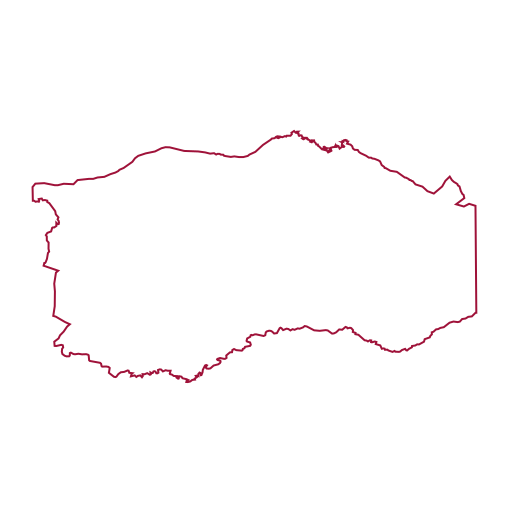 Kibombo, Maniema, Democratic Republic of the Congo, rotated 268°
{"feature_id": "63176286B11141066261470", "entity_name": "Kibombo", "entity_type": "district", "adm_level": 2, "iso_a3": "COD", "parent_name": "Democratic Republic of the Congo", "parent_adm1": "Maniema", "projection": "equal_earth", "projection_center": [25.538, -4.082], "detail": "fine", "context": "isolated", "style": "outline", "palette": "rose", "viewbox_px": 512, "rotation_deg": 268, "n_neighbors": 0, "source": "geoboundaries", "source_scale": "gbopen_adm2", "svg_char_len": 6074}
<svg xmlns="http://www.w3.org/2000/svg" viewBox="0 0 512 512"><g transform="rotate(268 256 256)"><path d="M173.2,51.6L173.0,53.1L174.0,58.3L173.5,59.8L171.4,60.1L170.0,59.0L167.1,58.6L164.8,59.1L163.0,61.3L162.3,63.2L162.3,65.8L163.0,66.4L165.5,66.6L165.9,67.6L164.4,70.1L164.1,71.7L164.5,75.1L163.8,78.6L163.8,82.9L163.2,84.7L162.6,85.3L157.6,85.6L156.9,86.3L154.7,96.4L153.8,97.4L151.4,97.8L150.8,98.4L150.8,102.4L150.3,104.7L149.2,105.9L144.4,104.9L140.2,109.9L139.9,111.5L140.3,112.3L142.8,114.3L144.5,116.8L144.8,120.3L146.1,123.7L145.8,124.7L143.7,125.3L143.2,128.4L142.6,127.6L140.1,126.8L140.9,130.6L139.3,132.2L140.3,133.7L140.7,136.2L138.8,137.8L140.0,138.7L141.9,138.5L141.7,140.5L142.7,143.2L141.0,145.8L141.4,146.7L143.3,146.5L142.6,147.7L142.7,148.7L144.2,149.5L144.4,150.6L144.0,151.5L142.3,152.3L142.2,153.4L142.8,154.4L145.5,154.1L146.1,155.9L145.8,157.3L143.9,158.9L145.0,161.7L144.4,163.8L144.3,166.6L141.4,165.7L140.9,166.0L140.5,167.7L139.0,169.6L138.7,173.0L137.3,172.3L136.1,173.9L136.3,174.5L138.3,174.8L138.5,175.3L138.0,177.3L136.4,178.3L135.3,182.3L134.5,183.8L133.7,182.3L132.5,182.0L132.4,183.5L132.9,185.9L134.4,188.0L134.6,190.7L135.6,190.4L136.8,192.5L138.3,191.6L138.5,192.5L137.9,194.3L140.0,194.2L141.5,195.5L141.1,196.3L138.8,196.7L138.9,197.3L141.6,198.5L144.1,198.9L148.3,201.2L148.8,202.4L148.4,203.2L147.0,202.1L146.2,202.0L145.3,202.7L145.0,204.9L145.3,206.5L148.0,209.8L149.1,214.5L150.2,216.2L151.4,216.9L152.6,216.7L153.3,214.1L153.9,213.5L154.5,213.8L155.3,216.5L154.3,220.6L154.4,221.8L155.2,223.0L157.6,222.8L160.6,226.6L160.7,228.7L162.9,229.1L163.8,230.8L162.6,233.0L161.9,238.5L162.3,239.2L163.6,239.6L164.2,241.2L165.6,241.9L166.4,247.0L167.5,247.7L169.8,247.1L170.8,244.1L171.5,243.6L173.9,244.3L175.5,247.5L177.0,247.9L177.3,248.6L176.9,249.8L177.7,252.0L177.7,253.4L175.8,260.8L176.5,262.5L179.3,263.1L180.2,264.0L180.9,266.5L180.6,268.3L179.8,269.6L177.9,271.4L178.2,274.2L183.0,277.1L183.5,277.9L183.0,278.9L181.0,280.5L182.3,284.0L181.9,285.8L180.4,287.8L181.6,290.0L180.9,292.0L182.2,295.2L181.8,297.0L183.0,300.5L184.3,302.2L183.8,304.3L179.7,311.5L179.0,317.1L179.5,323.1L179.1,325.1L175.8,329.3L175.9,331.1L176.9,333.4L179.7,336.6L179.3,339.6L182.0,343.0L181.5,344.3L180.5,344.9L181.0,347.4L180.6,348.7L178.5,350.4L176.7,350.1L175.7,352.8L174.4,352.6L173.7,355.6L168.0,361.6L167.6,363.6L166.7,364.9L167.8,366.9L167.6,368.2L165.9,368.0L165.7,368.8L166.4,371.7L165.9,373.3L163.8,372.6L162.3,377.1L158.9,378.5L159.2,380.2L158.9,381.3L157.8,381.6L157.8,384.1L157.0,384.9L155.4,389.1L156.3,391.2L155.5,391.9L155.2,395.6L155.5,396.8L156.9,398.5L158.0,401.8L156.5,402.9L156.3,403.7L157.9,405.7L159.3,408.6L160.6,408.8L161.0,412.1L162.1,414.0L161.9,415.8L164.5,420.9L167.0,421.7L168.6,426.8L170.2,427.5L171.5,429.0L173.6,429.0L174.1,430.7L176.4,433.4L176.6,435.5L177.7,437.7L178.3,441.2L182.6,447.1L183.6,451.1L182.9,455.3L183.3,457.4L185.8,459.8L186.2,463.2L187.8,466.0L188.1,469.6L191.6,473.4L191.6,474.2L298.5,477.1L300.7,470.8L298.2,465.5L300.7,457.8L306.6,466.2L309.8,465.6L310.8,464.4L313.7,463.0L318.4,461.8L319.5,460.2L320.7,459.9L321.6,458.8L323.2,456.3L325.1,454.4L328.6,452.4L324.5,447.9L319.0,444.5L312.2,435.9L314.8,429.6L319.5,424.8L322.0,417.9L325.4,415.2L325.6,414.1L326.5,413.2L326.6,412.0L327.5,411.4L329.1,408.6L329.2,407.5L335.2,399.7L336.5,393.2L339.2,388.9L339.5,387.6L340.5,387.3L342.5,384.8L346.2,383.3L347.3,381.7L349.0,377.8L349.4,375.6L350.2,374.6L350.4,372.1L352.3,369.6L355.2,364.0L356.5,362.4L358.4,361.4L358.7,358.2L360.1,356.6L362.3,356.0L364.0,354.4L365.1,350.9L367.2,352.1L367.6,350.5L368.5,350.6L368.9,349.3L368.6,348.0L368.1,348.1L367.8,346.8L367.4,346.9L367.7,346.4L366.8,346.2L366.8,345.6L366.5,346.1L363.5,345.6L362.8,347.0L363.2,347.3L362.4,348.0L361.9,347.6L362.1,345.7L360.4,343.3L362.9,342.3L363.5,340.8L362.2,340.5L362.2,339.2L363.4,339.1L362.2,338.4L362.0,335.9L361.1,334.4L361.4,334.1L361.0,333.6L360.8,334.0L360.9,333.3L360.2,334.0L359.8,333.6L359.9,334.6L359.0,334.9L359.0,333.9L358.5,334.1L358.3,333.0L357.8,332.5L357.6,333.1L357.0,331.7L358.9,330.5L359.5,328.5L359.9,330.2L360.9,330.6L362.8,328.2L362.7,327.5L362.0,327.4L361.1,328.7L360.7,325.3L363.4,322.8L363.9,321.9L365.2,321.7L365.3,320.2L367.0,319.4L368.1,318.2L369.5,318.1L369.6,316.2L368.6,316.6L367.7,315.7L368.3,314.3L369.1,315.0L369.8,313.4L370.5,312.9L370.9,313.2L370.4,312.5L370.7,311.6L371.7,310.8L371.8,311.4L372.2,311.1L371.9,310.3L372.4,310.1L372.4,308.9L371.5,308.4L371.0,307.7L371.2,307.1L371.6,306.6L371.9,308.1L372.4,308.1L373.3,306.3L374.9,305.8L375.1,304.9L374.5,303.3L374.9,302.9L377.1,302.8L377.6,302.1L377.4,301.8L378.2,301.5L378.8,302.3L378.8,301.1L378.1,300.4L377.7,300.6L377.8,300.0L379.6,298.4L377.9,295.7L376.6,296.1L375.0,294.7L375.1,290.9L374.3,290.3L374.8,289.1L373.8,286.5L374.2,284.9L373.0,282.6L373.3,281.5L373.8,281.6L374.7,282.9L374.9,281.5L374.3,280.0L373.1,278.8L372.8,275.9L371.8,274.9L366.8,266.9L360.1,259.0L357.6,253.0L356.3,251.3L355.3,246.7L355.5,242.3L356.3,237.8L355.9,234.3L357.0,228.6L357.4,227.4L358.3,226.9L358.6,224.1L359.3,223.3L359.4,221.0L358.8,219.7L360.2,217.7L359.9,213.7L361.3,208.8L362.5,201.9L363.5,187.9L367.6,173.5L367.9,169.3L367.0,165.3L364.0,158.7L362.4,149.3L360.2,141.8L357.9,138.5L354.4,135.7L348.6,126.8L346.9,122.5L345.7,121.3L344.3,118.4L342.9,113.4L340.4,107.2L340.0,100.4L338.8,96.1L338.9,91.5L338.1,80.3L334.1,76.1L334.9,66.4L333.7,60.6L333.8,57.3L336.2,46.9L336.0,38.0L332.7,35.1L319.0,34.9L319.0,36.1L317.9,37.6L318.2,39.4L317.8,40.9L318.7,41.3L320.5,40.8L320.9,43.9L319.1,44.8L319.3,47.0L318.6,49.3L317.2,49.3L316.0,51.3L307.8,56.9L304.6,57.4L301.5,59.9L299.5,59.0L297.9,60.0L296.1,60.3L294.8,59.9L294.7,59.0L296.2,57.6L292.9,57.5L291.5,55.1L291.7,54.2L291.3,53.3L287.7,52.1L286.4,48.3L284.2,46.7L282.9,47.6L278.8,47.5L276.7,49.2L270.4,48.9L267.6,49.4L266.3,48.2L260.5,47.0L257.2,45.6L256.4,45.0L256.4,44.2L253.7,43.4L248.2,57.8L246.4,55.5L235.4,53.4L227.6,53.8L212.8,53.1L203.2,51.3L202.4,53.8L196.7,62.8L194.3,67.6L192.1,64.8L187.1,61.1L183.6,57.4L180.5,55.8L177.4,51.4L173.2,51.6Z" fill="none" stroke="#9f1239" stroke-width="2"/></g></svg>